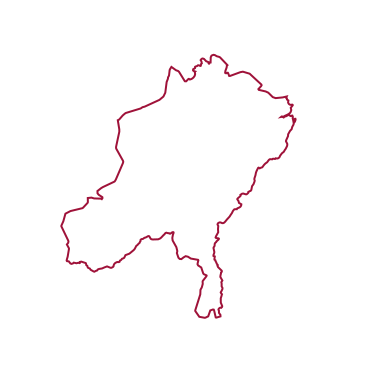 the border of Lapland, rotated 221°
{"feature_id": "FIN-3176", "entity_name": "Lapland", "entity_type": "Province", "adm_level": 1, "iso_a3": "FIN", "parent_name": "Finland", "parent_adm1": "", "projection": "orthographic", "projection_center": [25.412, 67.834], "detail": "fine", "context": "isolated", "style": "outline", "palette": "rose", "viewbox_px": 384, "rotation_deg": 221, "n_neighbors": 0, "source": "natural_earth", "source_scale": "10m", "svg_char_len": 6060}
<svg xmlns="http://www.w3.org/2000/svg" viewBox="0 0 384 384"><g transform="rotate(221 192 192)"><path d="M241.0,57.8L241.6,58.0L242.2,59.0L243.4,61.6L247.5,68.3L248.0,68.8L252.0,70.3L252.1,72.4L252.7,73.5L253.5,74.1L268.1,80.4L268.5,80.9L269.9,85.5L273.3,92.6L271.2,97.9L264.1,107.9L263.9,108.7L263.7,114.5L263.7,115.5L264.0,116.1L266.7,119.1L264.2,121.8L261.7,122.9L256.4,127.2L255.4,127.4L255.5,128.5L255.9,129.0L256.3,129.3L260.6,128.7L262.4,129.0L264.0,130.7L263.1,135.3L262.5,137.2L257.5,148.6L257.3,149.3L257.4,150.2L257.7,151.6L263.1,168.5L263.7,169.7L264.6,170.3L277.6,175.0L278.3,175.5L279.0,176.4L286.4,189.8L288.0,191.6L295.1,197.5L294.5,198.9L294.5,204.3L294.1,207.1L293.8,208.2L285.6,221.3L285.4,221.9L285.0,223.5L283.7,225.4L277.0,240.2L276.2,245.3L277.3,249.4L283.3,258.4L284.5,261.7L285.3,262.8L285.5,263.9L285.8,264.9L288.9,269.4L289.2,270.4L289.6,272.9L283.9,273.4L281.9,274.2L280.7,274.2L270.1,270.9L269.1,271.6L269.0,272.0L268.9,274.4L268.8,275.1L268.5,275.4L267.4,275.5L266.5,277.0L266.2,278.1L266.0,279.5L266.2,281.5L266.9,282.9L267.8,283.8L268.8,284.4L268.7,285.0L269.9,284.5L270.9,284.4L271.2,284.7L271.1,285.2L271.2,285.3L271.6,285.5L271.0,287.5L271.8,288.5L271.7,288.9L270.8,290.4L270.6,291.6L269.6,292.3L268.5,292.5L268.2,292.9L268.6,293.8L269.2,294.9L269.0,295.5L270.5,296.7L272.0,297.2L272.1,298.5L271.8,299.5L271.3,299.9L270.2,300.3L267.1,300.0L264.5,300.9L263.9,300.7L264.0,300.1L263.9,300.0L263.3,300.0L263.2,300.2L263.5,301.6L263.0,302.0L266.2,305.9L266.7,307.5L266.5,308.4L265.7,309.7L264.6,310.3L262.4,310.7L260.1,311.8L259.1,312.0L248.5,311.0L248.6,310.2L247.9,309.3L247.3,308.1L246.3,305.4L245.2,303.7L244.2,303.9L243.5,304.9L243.6,305.1L243.2,305.5L242.7,305.4L240.1,304.0L239.4,304.6L234.1,314.2L232.5,316.2L226.1,319.1L210.1,318.6L209.5,318.2L209.3,317.2L209.4,313.2L208.6,312.9L202.4,316.2L199.6,317.0L193.3,316.6L190.5,317.7L185.6,322.9L183.2,326.2L183.0,325.5L182.7,324.9L182.4,324.7L181.8,324.9L181.0,324.1L179.3,324.3L178.3,322.7L177.4,322.2L176.5,322.0L175.5,322.1L174.6,322.6L173.7,323.7L173.2,323.8L172.9,323.6L172.8,323.0L172.7,320.3L171.0,319.1L170.7,318.7L170.0,317.0L169.9,315.9L170.2,314.4L170.6,313.2L172.0,310.1L172.3,309.0L173.0,308.3L173.6,308.1L173.9,307.8L174.0,307.1L173.6,307.6L172.3,308.3L171.7,308.4L171.6,309.8L170.9,310.5L169.8,313.2L169.2,313.9L167.6,313.9L167.0,314.3L166.8,315.1L166.4,315.5L165.2,314.9L164.2,313.5L163.3,313.0L162.3,312.2L162.6,313.0L162.6,313.9L162.4,314.7L162.0,315.1L161.5,314.8L161.1,314.1L160.5,312.6L160.5,311.1L159.6,309.4L159.1,307.0L158.0,304.7L158.1,302.4L157.3,298.6L156.2,297.2L154.8,292.6L154.3,291.9L151.8,290.9L151.0,290.1L150.4,289.0L149.6,286.0L149.5,284.5L149.2,283.1L149.1,282.4L149.5,280.5L149.5,279.6L149.3,277.1L148.9,276.0L148.8,275.3L149.1,274.0L149.7,273.1L151.0,272.3L151.0,271.4L152.4,270.5L152.9,269.9L152.9,269.3L154.7,267.9L155.0,266.9L155.0,265.9L154.8,263.8L155.3,261.7L155.4,260.5L155.4,259.3L155.2,257.1L155.2,256.7L156.0,255.4L156.4,254.3L157.5,254.2L157.8,254.0L157.9,253.5L157.0,250.1L156.4,248.5L155.1,246.3L153.8,243.2L153.2,242.4L152.1,241.7L151.6,240.7L150.7,238.2L150.5,235.8L148.6,232.5L148.5,231.3L149.1,230.3L149.5,228.9L149.1,228.6L149.0,228.2L149.1,227.1L149.3,226.1L149.8,225.6L152.4,224.4L153.1,223.5L153.6,221.6L152.9,221.1L152.9,219.7L153.2,218.0L153.3,216.7L153.0,216.2L151.0,215.7L149.4,214.6L146.7,215.1L146.0,214.0L145.8,212.6L146.1,211.4L146.6,210.4L147.1,209.2L146.9,208.4L148.3,207.2L148.7,206.6L148.7,205.2L148.6,204.2L148.1,202.6L147.7,199.3L147.5,198.3L147.5,197.6L147.6,194.1L147.5,191.4L147.6,190.0L148.1,188.9L148.8,188.3L150.4,187.8L151.2,187.2L151.8,186.0L151.8,185.0L151.4,184.2L149.9,183.6L148.0,181.0L145.8,178.8L144.8,174.2L144.3,173.1L143.5,173.1L141.6,174.4L141.1,174.4L140.8,173.9L140.8,173.3L141.1,171.0L141.1,170.5L140.9,170.1L141.1,168.7L140.8,167.7L139.8,166.4L139.5,165.8L139.3,164.3L139.0,163.8L135.8,161.4L135.2,160.5L134.4,158.4L133.8,157.8L132.5,158.3L131.3,156.4L130.7,155.7L129.5,155.8L128.6,155.1L127.7,154.9L126.3,154.1L124.6,153.8L124.5,153.7L124.5,153.1L123.0,152.4L117.9,152.1L117.2,151.4L117.3,150.3L116.8,149.7L115.8,147.8L114.9,146.5L111.0,145.1L110.7,143.2L109.5,142.3L107.7,140.2L106.1,139.6L105.4,138.8L104.7,136.4L104.5,135.1L104.0,134.8L102.3,134.5L102.1,133.8L101.7,133.3L100.6,130.7L97.7,127.4L94.3,125.7L93.9,124.9L94.0,123.7L94.7,123.4L95.1,122.5L95.2,121.4L94.8,120.5L93.8,120.1L92.4,118.5L89.9,117.9L88.9,116.8L91.2,113.2L91.8,112.9L97.6,117.1L98.4,117.5L99.1,117.1L100.5,114.6L98.2,108.8L99.4,106.0L99.9,105.4L104.6,102.6L111.4,104.3L111.9,104.8L118.6,120.2L121.4,123.7L121.6,124.4L121.9,125.9L122.1,126.6L123.6,129.7L125.2,131.3L125.5,131.9L125.8,137.3L126.0,138.4L126.4,138.6L128.9,137.8L129.5,137.8L130.1,137.9L135.5,141.1L139.1,140.6L140.3,141.0L140.8,141.6L142.4,144.6L142.9,144.8L149.2,141.0L152.6,140.5L154.7,139.4L155.5,137.0L156.0,134.4L157.4,133.4L159.1,133.5L163.4,136.0L164.0,137.3L164.5,137.9L167.6,140.1L174.8,142.7L176.7,144.4L178.3,147.1L179.0,148.9L179.4,149.4L180.0,149.3L180.5,148.5L181.0,146.4L181.7,145.8L182.2,145.9L183.6,144.9L184.6,144.5L185.0,143.9L185.2,142.7L185.0,142.2L185.0,141.8L185.2,141.0L185.3,138.2L185.4,136.9L185.7,135.7L186.5,134.1L190.5,130.4L191.5,129.8L192.5,129.6L195.1,130.5L195.7,130.4L196.2,129.8L197.1,127.3L197.8,126.3L198.0,125.7L198.1,124.9L198.4,124.2L199.2,123.3L199.4,122.5L199.4,122.1L198.6,121.0L198.6,120.3L198.2,119.3L198.2,119.0L198.4,118.0L198.4,116.0L198.6,115.3L198.7,114.8L197.9,111.5L197.9,109.9L198.7,105.0L198.9,104.2L200.8,100.7L200.0,97.9L200.5,96.5L201.0,95.7L200.9,94.3L201.1,93.6L201.4,92.9L200.9,91.8L201.2,91.1L202.5,90.1L203.0,89.1L203.4,87.8L203.4,86.4L202.9,85.0L202.5,84.5L202.4,83.9L202.8,82.6L203.3,81.7L203.9,81.3L207.3,80.1L208.7,77.5L209.7,75.3L211.7,72.9L212.3,71.6L212.1,70.6L213.0,69.0L213.3,67.9L214.0,67.5L217.5,66.8L218.9,67.2L220.8,66.6L221.4,66.8L222.6,67.6L223.7,67.4L225.3,68.6L225.7,68.6L229.9,66.8L230.7,65.7L230.1,65.0L230.3,64.5L231.3,64.1L232.5,62.4L234.9,61.1L235.0,60.0L235.8,58.7L236.9,58.3L239.5,58.8L241.0,57.8Z" fill="none" stroke="#9f1239" stroke-width="2"/></g></svg>